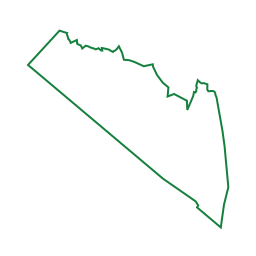 outline of Tafa, Niger, Nigeria, rotated 95°
{"feature_id": "59680162B63010488329613", "entity_name": "Tafa", "entity_type": "district", "adm_level": 2, "iso_a3": "NGA", "parent_name": "Nigeria", "parent_adm1": "Niger", "projection": "mercator", "projection_center": [7.225, 9.227], "detail": "fine", "context": "isolated", "style": "outline", "palette": "green", "viewbox_px": 256, "rotation_deg": 95, "n_neighbors": 0, "source": "geoboundaries", "source_scale": "gbopen_adm2", "svg_char_len": 1327}
<svg xmlns="http://www.w3.org/2000/svg" viewBox="0 0 256 256"><g transform="rotate(95 128 128)"><path d="M219.0,26.9L196.1,25.7L178.2,22.9L137.8,30.2L123.2,33.5L113.8,36.0L100.9,39.5L89.7,42.5L87.9,43.5L86.7,44.0L85.3,44.2L84.4,45.0L83.7,46.5L84.0,49.1L84.4,50.9L83.8,51.8L82.6,52.4L77.6,52.7L76.7,56.2L77.1,58.5L76.0,60.6L74.3,62.6L78.2,63.4L80.4,63.7L81.8,62.8L84.0,63.4L85.3,63.2L86.7,63.9L86.4,65.4L90.3,65.8L96.6,67.8L104.8,70.5L95.7,71.7L90.1,85.1L93.2,91.3L84.0,91.3L79.9,97.2L72.8,103.6L64.7,108.4L62.4,108.9L65.1,117.7L62.8,124.1L61.6,127.4L60.3,132.9L60.4,138.0L53.5,140.5L47.4,144.2L50.3,146.0L52.1,147.8L52.9,149.4L53.5,149.6L53.2,150.2L53.0,151.1L52.2,152.6L51.7,153.4L51.3,155.4L51.1,156.8L50.7,159.6L50.6,161.0L53.1,160.4L53.0,161.8L51.1,164.3L52.5,167.0L51.8,168.8L51.2,171.9L50.1,174.8L49.7,177.3L52.8,180.5L50.0,182.1L48.7,185.7L48.1,186.2L46.5,186.2L44.8,186.6L48.0,192.1L48.2,192.5L47.1,193.0L45.8,193.8L45.3,194.4L45.0,194.5L44.8,194.7L44.6,195.2L44.0,195.4L42.5,195.9L41.6,196.3L41.4,196.5L41.1,196.5L40.5,196.9L40.2,197.0L39.6,197.2L39.2,197.2L39.0,197.3L38.7,197.1L37.0,204.7L73.9,233.1L74.7,232.1L75.1,231.5L76.1,230.0L86.9,214.6L101.3,194.1L115.6,173.8L161.6,108.4L175.3,88.9L176.2,87.4L195.2,54.2L199.0,51.3L201.1,52.3L202.5,50.3L219.0,26.9Z" fill="none" stroke="#15803d" stroke-width="2"/></g></svg>